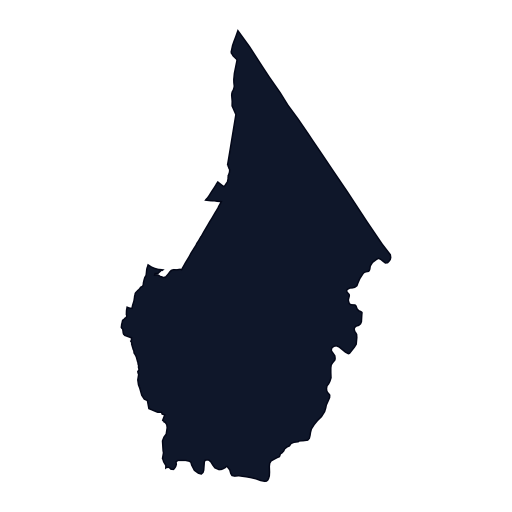 the district of Unión Juárez, Chiapas, Mexico
{"feature_id": "50627088B53663671154326", "entity_name": "Unión Juárez", "entity_type": "district", "adm_level": 2, "iso_a3": "MEX", "parent_name": "Mexico", "parent_adm1": "Chiapas", "projection": "natural_earth1", "projection_center": [-92.114, 15.071], "detail": "fine", "context": "isolated", "style": "filled", "palette": "ink", "viewbox_px": 512, "rotation_deg": 0, "n_neighbors": 0, "source": "geoboundaries", "source_scale": "gbopen_adm2", "svg_char_len": 5970}
<svg xmlns="http://www.w3.org/2000/svg" viewBox="0 0 512 512"><path d="M165.8,467.9L166.2,467.6L168.4,467.2L169.6,467.8L171.0,469.2L173.5,469.4L174.4,468.4L175.6,466.6L176.3,464.4L176.0,461.8L177.9,460.4L182.0,460.4L185.7,460.4L189.3,461.2L190.9,462.2L191.7,465.1L194.4,470.3L198.4,473.2L201.3,474.0L203.0,472.4L203.7,470.2L204.3,462.1L205.0,460.3L207.0,459.9L208.9,460.1L210.9,461.9L212.8,465.0L214.9,467.8L219.0,469.6L221.4,469.4L222.9,468.8L225.2,467.6L226.2,466.6L227.1,466.4L229.8,469.9L230.8,473.5L232.0,475.5L234.7,476.1L238.7,475.7L242.7,476.3L246.5,476.8L250.9,477.6L256.0,478.8L260.6,480.5L264.7,481.3L266.4,481.1L267.7,480.1L268.6,478.3L269.3,475.9L269.5,472.2L269.3,466.4L269.7,463.2L271.1,460.9L274.3,459.1L277.3,457.5L279.3,456.7L279.8,455.7L280.3,453.9L281.9,452.9L283.7,450.9L284.6,448.9L287.1,446.9L289.4,445.9L291.0,443.5L293.8,442.3L298.3,441.7L299.3,440.9L303.2,440.7L307.7,440.1L309.3,438.3L310.0,435.5L310.5,432.3L311.4,428.9L314.2,424.5L317.5,420.5L321.4,416.7L324.6,411.6L325.7,408.0L326.3,405.0L328.8,399.4L329.6,397.5L329.7,395.1L328.8,393.9L327.4,392.3L326.7,390.7L326.5,388.3L327.0,385.8L328.6,383.8L329.9,381.2L331.0,377.8L330.8,372.8L330.8,367.9L331.2,364.9L332.6,362.7L333.8,361.3L334.9,359.9L335.1,358.3L334.8,355.8L332.6,352.6L331.4,351.0L331.4,349.2L332.0,347.6L334.1,346.2L336.4,345.8L339.2,347.0L345.4,352.1L348.4,353.7L349.5,353.3L354.4,347.1L356.2,344.2L356.8,337.6L356.6,334.4L355.7,332.8L354.8,331.6L354.1,329.0L354.7,327.4L356.3,326.0L358.6,325.4L360.5,323.8L361.4,321.7L361.8,314.7L362.0,312.7L361.6,312.1L360.2,311.3L358.8,310.8L357.0,308.8L356.0,306.0L355.0,305.0L351.4,304.8L349.5,304.0L349.0,302.8L348.4,300.8L348.4,299.3L348.8,297.9L349.3,295.8L349.1,294.4L348.5,293.8L347.0,292.1L346.6,290.6L346.9,290.0L347.5,289.3L349.8,288.0L352.1,287.9L354.7,287.3L356.9,285.7L358.0,282.7L359.8,278.6L363.0,273.6L363.9,272.6L365.7,271.8L368.6,271.3L369.3,270.4L369.8,269.0L370.2,266.2L370.9,264.9L372.5,262.4L376.6,259.3L378.6,258.3L381.0,259.5L383.0,261.2L385.4,263.0L387.6,262.7L389.1,261.1L390.2,259.6L390.7,257.5L390.3,254.7L382.2,244.2L366.8,221.5L347.4,191.9L333.0,170.7L320.5,152.1L312.0,139.6L309.1,135.2L298.1,119.1L287.8,105.1L280.2,92.8L269.1,76.9L262.8,67.3L259.3,61.9L249.5,46.7L237.9,30.7L235.8,36.7L234.1,41.1L232.6,45.4L231.9,48.7L231.6,50.2L231.2,51.8L231.4,53.2L232.4,54.5L233.0,55.7L234.1,56.8L234.9,57.5L235.6,58.3L236.7,59.2L237.0,60.4L234.4,73.3L233.8,79.5L233.9,82.7L234.1,84.6L234.3,86.1L234.0,87.8L233.3,90.1L232.3,91.8L231.9,93.3L231.7,95.2L232.2,101.3L232.1,105.9L232.6,107.0L235.9,114.5L232.2,137.0L230.3,148.7L227.6,164.8L228.2,165.4L228.2,166.3L228.7,167.3L228.9,168.1L229.3,168.8L229.7,169.7L229.6,171.1L229.5,172.3L229.1,173.4L228.7,174.7L228.2,175.6L228.2,176.7L228.1,177.6L228.1,178.9L227.7,180.5L227.6,181.7L225.9,184.1L224.9,185.7L224.0,186.6L222.2,185.5L217.8,182.0L216.4,184.1L216.0,184.9L216.0,185.0L215.4,185.9L214.4,187.5L212.0,191.1L210.3,193.8L209.6,195.0L207.8,197.6L207.3,198.2L206.9,198.6L206.1,199.4L205.6,200.1L210.7,200.7L213.0,200.8L213.5,200.8L214.5,200.8L217.4,201.3L221.4,201.6L218.7,206.4L218.0,208.1L217.1,209.5L216.3,210.9L215.5,212.1L212.6,217.1L211.9,218.3L209.8,221.6L207.5,225.6L204.0,231.5L202.8,233.7L201.3,236.4L200.7,237.0L200.4,237.7L199.9,238.5L199.3,239.6L198.6,240.8L198.2,241.4L197.1,243.0L196.8,243.5L196.0,245.3L194.5,247.6L193.3,249.5L193.1,249.9L193.0,250.1L192.6,250.6L192.5,250.8L192.1,251.4L191.9,251.8L191.7,252.1L191.1,253.0L189.5,256.1L188.2,258.3L187.7,259.1L185.8,262.2L185.1,263.4L184.3,264.9L183.4,266.5L182.4,268.2L181.6,269.8L180.1,269.3L179.8,269.4L179.5,269.4L177.1,269.8L176.8,269.8L176.1,269.8L175.6,269.8L173.8,269.7L172.0,270.1L171.5,270.6L171.2,270.5L169.9,271.8L169.4,272.5L168.4,273.9L168.3,274.0L167.2,275.3L166.1,276.5L165.2,277.5L164.6,277.2L163.1,277.6L161.8,276.8L160.3,276.6L158.4,275.2L157.7,275.0L155.3,275.0L154.6,275.1L154.9,273.8L155.0,273.5L157.5,273.4L157.9,273.3L158.2,273.2L158.9,272.5L159.2,272.2L160.6,271.0L161.1,270.4L161.5,270.3L162.0,270.1L162.3,270.3L162.8,269.9L161.9,269.8L161.5,269.7L158.1,269.4L157.4,269.2L154.6,268.4L153.4,267.9L151.5,267.1L148.1,264.9L147.5,267.0L147.3,267.3L146.8,269.1L146.6,270.8L146.4,273.0L146.2,274.6L146.1,275.4L144.8,277.5L144.0,280.3L143.6,282.1L143.4,282.9L143.3,284.4L143.0,285.6L142.2,286.5L140.6,287.3L139.8,288.6L138.8,289.7L137.8,290.5L136.9,291.5L136.6,291.8L136.1,292.3L135.3,293.3L135.0,294.9L134.6,296.3L134.6,296.7L134.3,298.8L134.2,299.5L134.1,300.1L133.9,301.2L132.7,305.0L132.5,305.8L132.0,308.4L131.2,308.3L130.5,308.3L130.0,308.2L129.5,308.1L129.0,307.9L128.4,307.7L128.0,307.6L127.9,307.5L127.1,307.2L127.0,307.9L126.6,309.9L126.5,310.9L126.4,314.2L126.4,314.6L126.6,314.8L126.7,315.2L126.7,315.8L126.6,316.3L126.6,316.9L126.1,317.6L125.0,318.2L124.7,318.6L124.0,319.4L123.2,319.8L122.8,320.3L122.6,320.5L122.4,321.3L122.2,322.3L122.0,323.2L121.8,323.9L121.6,324.9L121.6,325.3L121.5,325.9L121.4,326.7L121.3,327.3L121.8,328.2L122.6,328.9L122.9,329.9L122.9,330.5L123.1,331.7L123.2,332.8L123.5,333.8L123.7,334.3L124.3,334.8L124.6,335.0L124.8,335.4L126.6,336.0L127.2,336.3L127.7,336.4L128.3,336.7L129.3,337.0L130.0,337.3L131.6,337.8L131.5,338.2L131.4,338.9L131.5,339.4L131.6,339.8L131.3,340.2L131.2,340.6L131.1,340.9L131.0,341.1L130.8,341.2L130.9,341.4L131.7,342.5L131.8,343.2L131.8,343.5L131.6,343.9L133.3,349.7L133.8,350.4L133.9,351.1L134.1,353.0L135.2,354.6L136.3,356.8L137.6,361.6L138.2,363.1L138.0,363.8L138.6,365.4L138.5,367.4L139.0,369.1L138.9,370.0L137.9,371.4L137.8,371.6L138.1,373.0L138.7,374.6L138.5,375.5L137.8,379.9L138.5,384.8L139.4,387.2L139.6,387.5L141.8,395.3L144.3,399.1L147.4,400.5L148.9,408.6L157.5,412.2L161.5,412.3L162.2,414.1L164.8,414.8L162.7,420.3L164.1,421.5L164.3,422.1L165.2,422.0L165.5,422.8L165.9,423.3L166.4,424.0L166.8,424.8L167.2,427.7L166.1,434.9L165.7,434.8L164.0,437.1L162.7,440.4L162.5,441.0L163.1,450.7L163.5,452.8L162.5,458.5L163.0,459.5L163.7,461.8L165.9,465.5L165.8,467.9Z" fill="#0f172a" stroke="#020617" stroke-width="1.5"/></svg>